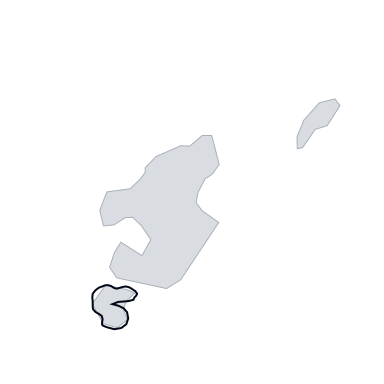 Eckerö highlighted on a map of Aland, rotated 307°
{"feature_id": "ALD-4812", "entity_name": "Eckerö", "entity_type": "state/province", "adm_level": 1, "iso_a3": "ALA", "parent_name": "Aland", "parent_adm1": "", "projection": "equal_earth", "projection_center": [19.596, 60.195], "detail": "fine", "context": "in_parent", "style": "outline", "palette": "ink", "viewbox_px": 384, "rotation_deg": 307, "n_neighbors": 0, "source": "natural_earth", "source_scale": "10m", "svg_char_len": 1280}
<svg xmlns="http://www.w3.org/2000/svg" viewBox="0 0 384 384"><g transform="rotate(307 192 192)"><path d="M170.4,142.8L179.3,142.9L183.3,140.0L198.9,142.0L222.4,155.3L227.1,162.5L243.3,166.2L249.0,173.7L230.4,197.1L218.8,197.5L210.2,194.6L195.0,197.1L186.1,201.6L183.1,211.3L183.7,231.7L115.3,235.8L99.6,229.8L78.1,183.5L82.3,171.5L96.8,166.5L109.1,165.4L111.0,190.3L129.2,187.8L134.8,171.4L136.1,159.8L131.2,154.0L118.8,149.5L111.7,141.8L121.9,129.3L140.9,124.0L157.3,140.6L170.4,142.8ZM75.2,199.3L76.7,207.1L65.5,205.1L57.0,207.8L51.1,217.3L38.5,213.9L33.4,200.2L42.8,179.7L65.4,179.0L75.2,199.3ZM352.3,250.0L350.1,258.2L326.2,260.0L316.2,252.7L293.9,253.6L290.0,250.0L299.2,242.7L316.8,238.1L339.9,240.0L352.3,250.0Z" fill="#d9dde1" stroke="#a8b0b8" stroke-width="1"/><path d="M68.5,187.7L69.6,190.2L74.6,193.9L76.7,196.0L77.7,198.1L78.3,200.3L78.7,206.5L77.7,209.4L75.5,209.8L72.9,209.5L70.7,210.1L66.5,206.8L59.8,199.2L54.6,196.0L56.9,201.8L58.0,207.3L56.9,212.5L52.6,217.2L46.9,219.1L40.9,217.4L35.7,212.6L32.7,205.2L31.9,202.1L31.7,200.5L33.0,199.1L36.7,197.1L38.7,194.5L38.6,191.0L38.1,187.3L38.7,183.8L40.2,182.1L45.5,178.0L47.7,175.9L50.9,174.0L55.2,174.0L59.5,175.2L65.2,178.8L67.1,181.0L68.2,184.0L68.5,187.7Z" fill="none" stroke="#020617" stroke-width="2"/></g></svg>